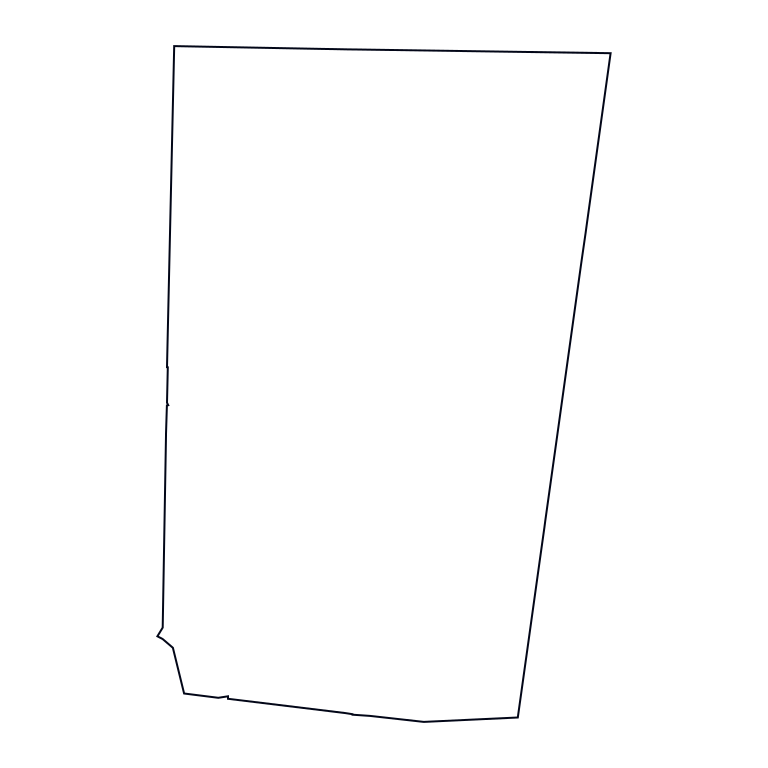 Orange, North Carolina, United States of America
{"feature_id": "52423323B59069176742644", "entity_name": "Orange", "entity_type": "district", "adm_level": 2, "iso_a3": "USA", "parent_name": "United States of America", "parent_adm1": "North Carolina", "projection": "albers", "projection_center": [-79.134, 36.052], "detail": "fine", "context": "isolated", "style": "outline", "palette": "ink", "viewbox_px": 768, "rotation_deg": 0, "n_neighbors": 0, "source": "geoboundaries", "source_scale": "gbopen_adm2", "svg_char_len": 623}
<svg xmlns="http://www.w3.org/2000/svg" viewBox="0 0 768 768"><path d="M174.2,46.1L167.0,367.2L167.8,367.3L167.0,402.7L168.2,405.2L166.9,405.5L166.0,434.0L166.0,435.6L162.7,627.6L157.4,636.3L162.6,639.0L172.9,647.8L184.1,693.5L218.3,697.8L228.0,696.3L228.0,698.8L345.5,713.1L352.5,714.2L352.5,714.7L370.0,715.9L423.8,721.9L517.8,717.5L525.9,659.7L526.2,657.6L527.5,648.3L535.9,588.1L537.9,573.8L539.9,559.5L544.4,527.5L545.3,520.6L557.2,435.7L581.0,264.9L582.4,255.1L585.6,233.0L586.8,224.2L610.6,53.2L357.4,49.5L348.5,49.4L333.6,49.1L327.1,49.0L320.9,48.9L174.2,46.1Z" fill="none" stroke="#020617" stroke-width="2"/></svg>